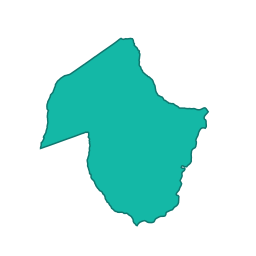 the district of Ivinhema, Mato Grosso do Sul, Brazil, rotated 35°
{"feature_id": "56859067B50852199945067", "entity_name": "Ivinhema", "entity_type": "district", "adm_level": 2, "iso_a3": "BRA", "parent_name": "Brazil", "parent_adm1": "Mato Grosso do Sul", "projection": "equal_earth", "projection_center": [-53.771, -22.36], "detail": "fine", "context": "isolated", "style": "filled", "palette": "teal", "viewbox_px": 256, "rotation_deg": 35, "n_neighbors": 0, "source": "geoboundaries", "source_scale": "gbopen_adm2", "svg_char_len": 5117}
<svg xmlns="http://www.w3.org/2000/svg" viewBox="0 0 256 256"><g transform="rotate(35 128 128)"><path d="M75.0,56.1L74.1,57.2L73.3,58.1L72.4,58.5L70.9,58.6L70.2,60.1L69.7,61.9L68.8,64.8L67.9,67.5L65.3,74.6L62.7,81.6L61.4,85.3L60.8,87.1L60.1,88.7L57.4,96.4L57.0,97.5L54.9,103.2L52.3,110.3L49.8,117.0L49.1,118.1L48.3,119.0L47.3,120.3L46.3,121.3L45.6,122.7L44.9,124.6L44.5,125.5L44.2,126.6L44.1,127.8L43.7,128.7L43.4,130.4L43.6,132.2L43.6,133.9L44.3,135.0L44.6,136.1L44.9,137.7L45.3,138.7L45.5,140.0L46.0,141.4L46.0,142.5L45.8,143.8L45.6,145.3L46.2,146.8L46.5,147.7L46.8,149.5L47.0,150.8L47.2,152.3L47.8,153.6L48.2,155.1L49.1,156.7L50.0,157.8L50.8,158.8L51.8,159.1L52.8,159.4L53.2,160.8L53.8,162.2L54.5,163.3L54.9,164.2L55.8,165.5L56.8,166.4L57.4,167.3L58.2,168.2L59.2,169.4L59.7,170.5L60.2,171.7L60.8,173.1L61.6,174.0L62.0,175.4L62.4,176.7L62.8,177.7L63.4,178.8L63.5,180.2L63.7,181.6L63.7,182.7L64.0,184.0L64.9,184.1L65.3,185.5L65.6,187.3L65.7,188.4L65.4,189.9L66.3,191.2L67.1,192.5L67.5,194.0L68.1,194.9L68.7,194.1L69.3,193.3L70.2,192.0L70.8,191.1L71.6,190.1L74.3,186.3L76.7,182.9L78.1,180.9L83.7,172.9L85.4,170.5L89.2,165.2L91.1,162.4L92.6,160.2L93.5,158.9L94.2,158.1L95.9,155.5L96.8,155.2L97.5,154.4L98.5,154.5L99.5,155.8L100.2,156.9L100.6,158.2L101.4,158.5L102.4,158.7L103.0,159.4L103.6,160.8L104.6,161.3L104.9,162.5L105.8,162.9L106.4,163.7L107.2,164.5L107.4,165.5L107.9,166.6L108.6,167.6L109.5,168.6L110.0,170.4L111.2,172.0L111.8,173.7L112.1,174.9L112.6,176.0L112.9,177.6L114.0,178.9L115.2,180.0L116.0,181.1L116.7,182.3L118.1,183.2L119.1,184.0L119.9,184.7L120.9,185.4L121.8,186.2L122.4,187.1L123.2,187.5L124.2,187.3L125.1,188.2L125.9,189.5L126.8,190.1L128.0,190.5L129.4,190.7L130.2,190.9L131.3,191.2L132.2,192.0L133.1,192.6L133.9,192.9L134.8,193.6L135.7,194.0L136.9,194.4L137.6,194.7L138.5,194.8L139.9,195.3L141.0,195.5L142.0,195.3L142.9,195.3L143.7,195.4L144.5,195.9L145.2,196.4L146.0,196.3L147.2,196.7L148.2,197.2L149.0,197.9L150.0,199.0L150.9,199.4L151.7,199.7L152.7,200.2L153.5,200.7L154.5,200.5L155.6,200.7L156.5,201.4L157.9,201.8L158.9,202.0L159.7,202.5L160.6,203.1L161.6,203.1L162.9,203.2L164.4,203.6L165.8,203.4L166.9,202.9L167.8,202.9L168.9,202.3L170.1,201.4L170.9,200.8L171.8,200.3L172.7,200.1L173.8,200.2L174.9,199.4L175.9,198.5L177.0,198.5L178.5,198.7L180.0,198.6L181.4,198.6L182.5,199.0L183.6,199.5L184.8,200.1L185.8,201.4L187.0,202.1L188.0,202.4L189.0,202.4L189.9,202.8L190.7,203.0L191.5,202.7L191.3,201.5L191.4,200.1L191.8,198.4L192.5,197.2L193.1,196.2L193.9,195.2L194.7,194.4L195.5,194.1L196.3,194.0L197.1,194.0L198.0,193.9L199.0,193.6L200.0,193.0L201.1,192.3L202.0,191.6L203.0,190.2L203.0,188.8L202.7,187.6L202.8,186.4L203.8,184.3L204.3,183.4L204.8,182.4L205.6,181.5L207.0,180.5L208.0,179.7L208.7,178.8L208.7,177.7L208.4,176.7L207.9,175.9L207.9,174.8L208.4,173.9L209.1,172.7L209.6,171.7L210.3,170.7L211.3,169.4L211.3,168.0L211.4,166.2L212.0,164.9L212.4,163.8L212.6,162.2L212.4,161.1L212.1,160.0L211.4,158.9L210.9,158.0L210.2,157.0L209.6,156.0L209.0,155.0L207.7,154.6L206.3,155.1L205.4,154.6L205.1,153.0L205.3,151.1L205.4,149.4L204.9,147.9L204.6,146.3L204.5,144.9L203.9,142.9L200.8,141.2L200.2,137.5L199.8,136.2L199.2,135.5L198.3,134.6L197.8,133.2L198.0,132.0L198.4,131.0L198.4,129.5L197.9,128.7L197.1,128.7L196.4,129.4L195.5,129.9L194.2,129.8L193.9,128.3L194.5,127.5L195.5,127.4L196.4,127.3L198.3,126.1L198.4,124.4L198.8,123.1L199.1,121.8L199.2,120.7L198.9,118.9L198.1,117.9L197.5,117.0L196.9,115.9L195.9,114.7L194.7,113.2L194.1,111.9L193.4,110.8L193.0,109.3L193.3,107.5L194.2,105.7L194.1,104.3L193.5,103.0L193.0,101.8L192.4,100.8L191.8,100.0L191.0,99.6L190.4,98.7L190.0,97.4L189.8,96.2L189.7,95.1L189.5,94.0L189.1,92.8L188.7,91.8L188.3,90.7L188.1,89.1L188.0,87.8L188.1,86.7L188.7,85.4L190.1,84.3L191.4,83.9L191.4,82.2L190.8,81.2L190.1,80.3L189.4,79.5L188.7,78.6L188.0,77.6L187.0,76.9L185.6,76.9L184.6,76.2L184.1,75.1L183.9,74.1L184.0,72.6L184.3,70.4L184.4,68.7L183.3,68.3L182.0,67.8L180.9,67.4L179.7,67.3L178.9,67.8L178.3,68.6L177.8,69.6L177.0,71.0L176.4,71.8L175.7,72.4L174.5,73.1L173.2,73.6L172.0,73.8L170.9,74.2L170.0,75.0L169.0,75.8L167.9,76.4L167.1,76.8L166.1,77.7L164.2,78.8L162.7,79.4L161.7,80.2L161.0,80.6L159.9,81.4L158.6,82.2L157.0,81.9L156.1,81.9L155.2,82.0L153.9,82.2L152.8,82.2L152.0,82.1L150.9,82.2L150.0,82.9L148.9,83.5L148.0,83.7L147.2,84.3L145.9,84.0L144.8,84.2L143.9,84.1L142.9,84.0L142.2,84.4L141.3,84.4L140.4,83.9L139.6,83.5L138.4,83.1L137.3,83.4L136.4,83.6L135.6,83.7L134.8,83.8L134.0,84.0L133.2,83.6L132.3,83.2L131.1,82.7L129.6,81.8L128.4,80.6L127.2,79.4L126.5,78.6L125.5,77.7L124.0,77.0L122.0,75.6L121.2,75.0L119.8,74.5L118.4,74.4L117.2,74.2L116.2,74.1L115.4,74.2L114.6,74.5L113.6,74.1L112.5,74.2L111.5,74.1L109.9,73.9L108.8,73.8L107.9,73.6L106.9,72.8L106.0,72.5L104.9,72.1L104.1,71.4L103.4,70.8L102.1,70.6L101.3,70.2L100.5,69.3L99.9,68.1L99.1,66.9L98.2,66.2L97.5,64.6L96.7,63.2L96.0,61.8L95.3,60.6L93.8,59.8L93.2,58.5L92.4,58.3L91.5,58.4L90.6,57.9L89.9,57.4L89.0,57.1L87.6,57.0L86.6,56.8L85.7,56.7L84.9,55.3L83.7,54.9L83.0,54.2L82.3,53.4L81.4,52.8L80.4,52.4L79.6,52.8L78.7,53.2L77.2,54.6L76.1,55.6L75.0,56.1Z" fill="#14b8a6" stroke="#0f766e" stroke-width="1.5"/></g></svg>